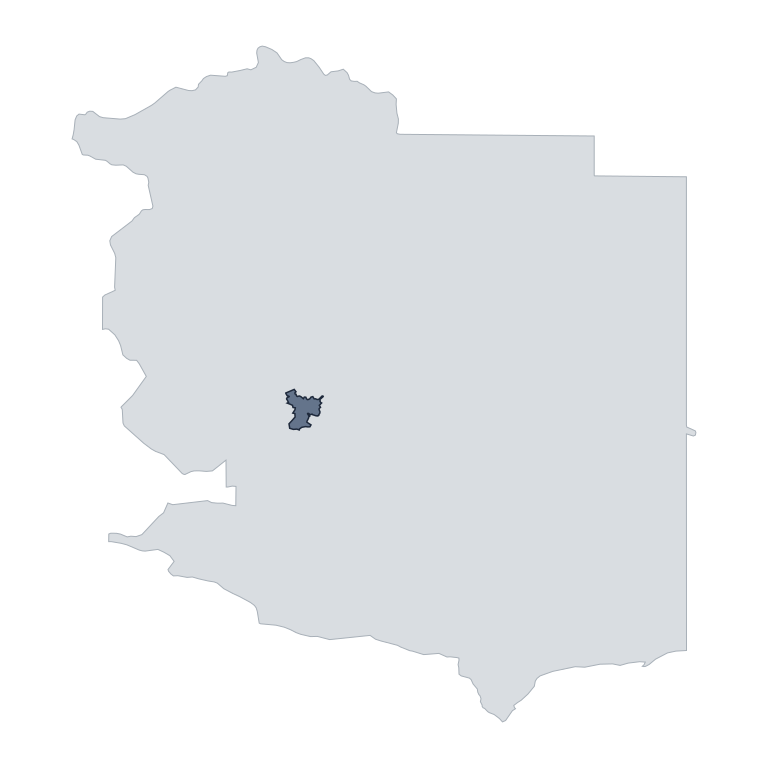 location of Um Dam Haj Ahmed, North Kordufan, Sudan, rotated 90°
{"feature_id": "16777658B82514176386469", "entity_name": "Um Dam Haj Ahmed", "entity_type": "district", "adm_level": 2, "iso_a3": "SDN", "parent_name": "Sudan", "parent_adm1": "North Kordufan", "projection": "robinson", "projection_center": [30.757, 13.71], "detail": "fine", "context": "in_parent", "style": "filled", "palette": "slate", "viewbox_px": 768, "rotation_deg": 90, "n_neighbors": 0, "source": "geoboundaries", "source_scale": "gbopen_adm2", "svg_char_len": 5103}
<svg xmlns="http://www.w3.org/2000/svg" viewBox="0 0 768 768"><g transform="rotate(90 384 384)"><path d="M541.6,659.3L534.0,659.2L533.2,657.2L533.3,651.6L534.1,647.5L536.9,640.8L536.2,637.2L536.6,631.9L534.6,626.1L516.4,609.1L512.8,604.4L503.0,600.1L504.7,595.3L500.6,560.4L502.6,556.4L503.2,550.3L503.1,545.0L505.4,536.0L505.7,532.2L486.4,532.0L486.1,535.8L487.0,540.1L487.0,541.8L460.1,542.0L470.9,555.6L471.4,561.6L470.8,569.1L470.9,573.9L471.6,577.0L474.5,583.1L474.3,584.2L473.6,585.7L454.6,603.9L451.4,612.4L448.9,616.8L443.3,624.2L425.9,643.7L423.0,645.0L409.8,645.7L408.5,646.2L407.4,647.0L406.9,646.8L395.5,635.4L376.4,621.7L363.7,628.8L360.3,631.4L360.2,638.1L358.3,641.4L354.9,645.1L345.5,647.4L340.7,649.4L334.9,653.1L329.2,659.4L328.8,662.6L329.4,665.5L297.1,665.4L295.0,663.1L290.3,652.8L287.1,653.4L257.7,652.2L253.4,653.3L245.0,657.5L240.8,658.2L236.5,656.3L221.0,636.0L217.7,633.6L214.2,628.7L210.9,626.6L209.8,625.1L209.5,622.9L209.6,618.5L208.5,615.7L206.1,615.1L185.3,619.8L182.3,619.2L177.9,620.1L176.4,620.9L174.7,623.6L174.3,629.1L173.8,631.9L172.2,635.0L166.2,641.8L164.9,644.8L165.2,652.4L164.8,656.2L163.8,658.0L161.3,660.9L160.3,662.6L159.2,672.3L156.0,678.1L155.2,680.2L155.0,684.4L154.5,685.7L145.1,689.1L141.6,691.2L139.4,694.5L138.9,695.9L134.8,694.8L129.7,693.9L119.9,692.9L116.0,691.3L114.1,689.0L114.8,683.1L113.8,681.9L112.2,680.8L111.2,678.3L111.4,675.2L116.6,668.5L117.7,664.8L119.1,647.8L118.7,642.6L114.7,633.1L105.4,616.6L103.1,613.3L91.4,599.8L90.1,597.8L87.2,592.1L90.5,579.5L90.7,576.0L89.9,572.5L87.0,569.8L84.3,569.5L80.8,566.1L78.6,564.6L76.6,561.6L75.2,557.5L76.3,542.7L75.7,540.7L72.7,540.2L72.0,539.1L72.1,536.3L70.5,527.9L68.8,520.9L69.8,517.1L67.3,511.8L62.5,509.6L53.1,511.3L50.2,511.0L48.2,510.0L46.8,508.1L46.1,505.8L46.8,502.4L49.5,496.1L52.9,491.0L59.7,486.3L61.5,483.8L62.6,481.0L62.8,477.8L62.3,474.4L61.6,471.4L59.6,467.3L57.8,462.5L57.8,459.3L58.7,457.0L60.6,454.2L67.3,448.8L74.2,444.2L75.4,442.6L75.0,440.7L71.8,437.0L70.9,429.8L69.2,424.7L72.7,420.9L75.3,419.5L79.3,418.4L80.9,416.8L81.4,413.7L81.3,410.8L82.8,408.7L84.8,404.1L86.3,402.0L91.6,396.5L92.9,393.0L93.2,389.7L91.9,379.4L95.0,375.2L98.9,371.6L104.4,371.9L113.1,371.1L119.0,369.6L123.2,369.7L132.7,371.6L133.7,370.8L134.3,368.0L136.0,173.8L175.4,173.8L175.9,173.4L176.8,81.6L424.9,81.6L427.0,81.3L430.9,72.7L432.5,72.1L435.1,72.6L436.0,74.6L433.9,81.6L650.5,81.5L651.1,92.1L652.9,100.5L659.2,112.5L664.5,118.9L666.4,122.5L666.6,124.1L666.3,125.7L664.7,123.9L662.1,122.7L661.7,128.3L663.1,139.8L665.4,147.9L663.9,155.4L664.2,168.0L667.2,183.2L666.7,192.8L671.4,215.4L675.9,227.9L678.4,231.0L681.1,232.7L686.3,233.7L694.1,240.1L700.3,246.9L702.5,250.4L705.4,254.2L707.5,253.6L708.7,252.5L710.7,255.6L720.5,262.4L721.9,265.5L718.5,268.6L714.5,273.9L712.6,278.8L711.6,280.3L708.4,283.4L707.8,284.9L706.5,285.8L705.0,285.9L701.7,287.6L698.7,287.0L695.7,288.0L694.6,289.1L692.2,290.2L689.0,290.7L684.0,294.9L679.6,296.9L678.1,298.6L675.9,306.8L674.2,309.0L667.7,309.2L664.6,309.9L660.2,309.0L658.1,309.1L657.6,310.9L656.8,318.0L657.0,321.0L653.4,329.1L654.6,344.3L651.1,355.6L650.7,358.2L647.1,367.2L645.3,370.5L640.9,387.3L639.2,392.5L635.4,397.9L639.6,438.3L636.4,450.6L636.6,457.4L634.3,467.3L632.6,471.9L629.7,477.5L627.2,483.7L625.2,491.9L623.8,507.4L623.1,508.8L611.5,510.7L607.9,511.8L605.5,513.5L602.5,517.5L596.6,528.4L593.5,535.1L588.7,544.2L583.1,550.7L581.9,553.9L581.0,559.7L578.9,569.0L577.0,575.6L577.4,580.9L575.7,590.1L575.9,594.6L574.0,597.1L571.3,599.4L569.5,600.0L561.4,593.9L555.7,598.1L552.2,604.1L549.4,610.1L551.1,622.8L550.9,625.6L550.1,628.7L544.8,641.2L543.3,646.9L541.6,656.9L541.6,659.3Z" fill="#d9dde1" stroke="#a8b0b8" stroke-width="1"/><path d="M403.1,480.8L404.1,478.2L405.0,476.2L405.3,475.5L407.5,475.0L407.8,472.7L409.7,473.0L413.1,475.2L413.6,473.1L417.0,472.9L418.5,474.2L420.8,476.2L423.8,479.0L428.3,478.3L429.4,474.6L429.1,471.2L429.7,469.5L430.0,468.8L430.0,468.7L429.0,468.6L427.3,466.2L426.6,462.5L426.9,460.1L426.8,458.1L424.9,457.0L422.2,461.1L421.5,461.1L418.0,459.4L416.9,459.3L416.1,458.2L415.5,458.4L415.5,459.3L415.3,459.5L413.9,460.4L413.5,460.4L413.3,459.9L413.7,458.9L415.0,458.4L414.7,457.7L414.2,456.8L414.4,456.3L414.3,456.0L414.5,456.0L415.8,452.0L415.9,451.2L415.7,450.9L415.7,450.5L416.0,450.3L416.0,450.2L415.5,449.5L415.1,449.1L414.7,449.2L413.4,448.3L411.9,448.0L410.4,448.6L409.0,449.0L407.9,448.2L407.3,447.5L405.3,448.7L403.0,446.4L402.5,447.2L401.5,448.0L401.0,447.8L399.8,448.1L399.7,448.3L396.6,444.8L396.0,445.1L396.0,445.9L399.4,449.3L399.5,450.9L398.8,452.4L398.9,453.8L396.6,455.2L397.1,457.0L398.8,458.2L399.6,460.0L399.6,460.7L398.7,461.5L397.2,462.2L397.1,463.7L398.7,464.7L396.8,466.9L396.0,468.4L396.2,469.8L396.5,470.7L396.0,471.4L394.6,471.9L394.2,472.0L394.2,472.6L393.8,473.0L393.2,473.0L392.7,473.0L391.8,472.0L389.4,473.8L393.0,482.2L393.6,482.1L395.6,480.9L395.9,480.1L396.4,478.9L397.0,479.2L397.4,480.7L397.5,480.8L397.9,481.0L398.3,481.1L398.6,481.4L399.0,481.4L399.3,481.3L399.9,480.8L400.3,480.6L400.9,480.3L402.4,479.5L403.1,480.8Z" fill="#64748b" stroke="#1e293b" stroke-width="1.5"/></g></svg>